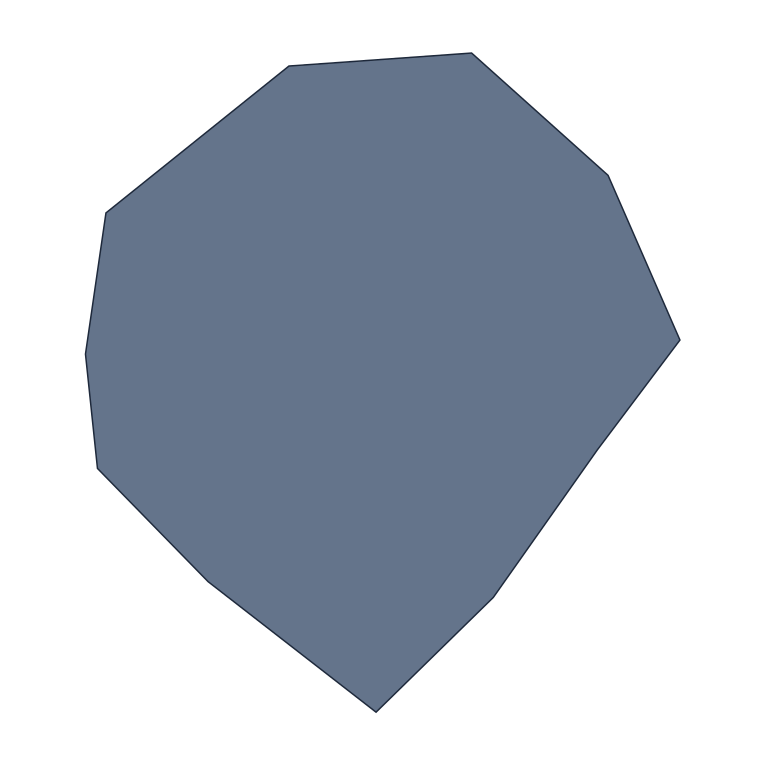 an SVG outline of Naftalan, rotated 178°
{"feature_id": "AZE-5561", "entity_name": "Naftalan", "entity_type": "Municipality", "adm_level": 1, "iso_a3": "AZE", "parent_name": "Azerbaijan", "parent_adm1": "", "projection": "orthographic", "projection_center": [46.827, 40.508], "detail": "fine", "context": "isolated", "style": "filled", "palette": "slate", "viewbox_px": 768, "rotation_deg": 178, "n_neighbors": 0, "source": "natural_earth", "source_scale": "10m", "svg_char_len": 312}
<svg xmlns="http://www.w3.org/2000/svg" viewBox="0 0 768 768"><g transform="rotate(178 384 384)"><path d="M403.4,56.3L566.7,192.6L673.3,309.6L681.3,424.3L655.9,564.7L467.9,705.1L284.9,711.7L152.8,584.7L86.7,417.6L173.1,310.7L282.2,166.9L403.4,56.3Z" fill="#64748b" stroke="#1e293b" stroke-width="1.5"/></g></svg>